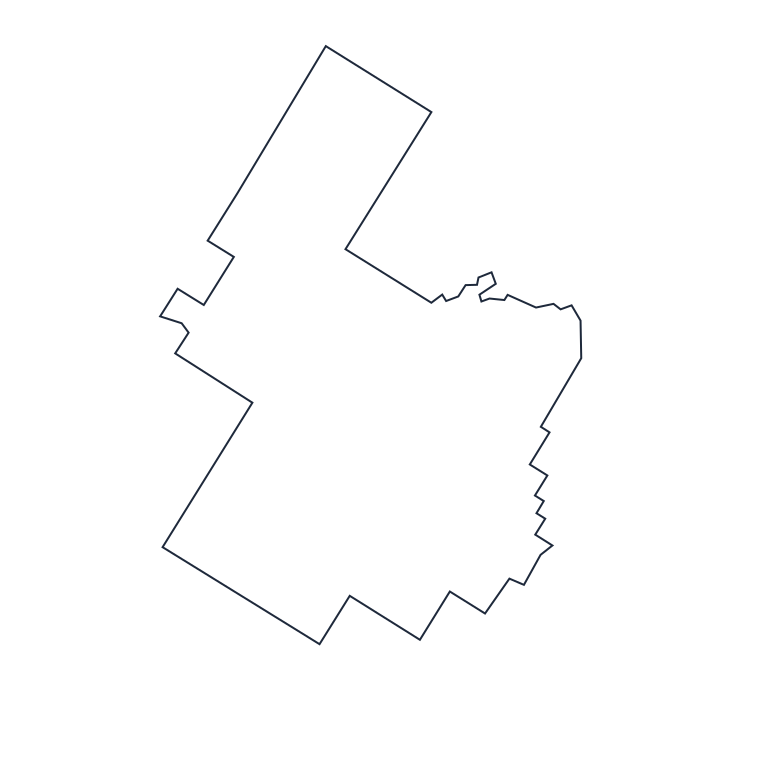 Power, Idaho, United States of America, rotated 32°
{"feature_id": "52423323B18276050714213", "entity_name": "Power", "entity_type": "district", "adm_level": 2, "iso_a3": "USA", "parent_name": "United States of America", "parent_adm1": "Idaho", "projection": "robinson", "projection_center": [-112.754, 42.719], "detail": "fine", "context": "isolated", "style": "outline", "palette": "slate", "viewbox_px": 768, "rotation_deg": 32, "n_neighbors": 0, "source": "geoboundaries", "source_scale": "gbopen_adm2", "svg_char_len": 813}
<svg xmlns="http://www.w3.org/2000/svg" viewBox="0 0 768 768"><g transform="rotate(32 384 384)"><path d="M280.1,128.3L155.6,128.3L158.6,299.8L158.5,355.9L189.3,355.8L189.3,412.5L158.5,412.6L158.3,445.3L180.2,439.7L191.1,444.0L190.7,468.7L282.3,469.6L282.7,639.7L283.6,639.7L467.2,638.8L467.2,581.8L550.0,581.9L549.8,525.1L591.3,525.1L593.5,482.6L609.1,480.2L607.3,445.9L612.4,431.7L592.1,431.6L592.1,412.8L581.8,412.8L581.5,398.6L571.1,398.6L571.0,375.0L550.3,375.0L550.0,337.3L539.7,337.2L537.6,257.6L517.1,226.1L501.4,217.9L494.2,227.1L485.3,226.2L472.4,238.6L441.6,242.9L441.6,249.0L428.2,255.6L422.9,262.4L417.6,257.7L425.7,239.8L416.0,232.3L407.7,243.6L410.3,250.6L400.8,256.9L400.6,270.4L392.7,280.7L386.0,277.3L381.1,290.0L279.9,290.1L280.1,128.3Z" fill="none" stroke="#1e293b" stroke-width="2"/></g></svg>